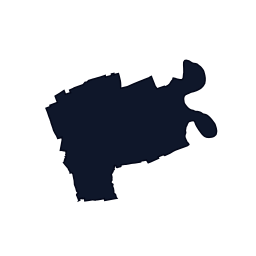 Cotusca, Botosani, Romania (orthographic projection), rotated 24°
{"feature_id": "2599482B53083625185790", "entity_name": "Cotusca", "entity_type": "district", "adm_level": 2, "iso_a3": "ROU", "parent_name": "Romania", "parent_adm1": "Botosani", "projection": "orthographic", "projection_center": [26.878, 48.123], "detail": "fine", "context": "isolated", "style": "filled", "palette": "ink", "viewbox_px": 256, "rotation_deg": 24, "n_neighbors": 0, "source": "geoboundaries", "source_scale": "gbopen_adm2", "svg_char_len": 5591}
<svg xmlns="http://www.w3.org/2000/svg" viewBox="0 0 256 256"><g transform="rotate(24 128 128)"><path d="M146.4,196.7L145.6,196.3L145.3,196.0L144.7,195.3L144.4,195.0L144.3,194.7L143.7,194.0L143.2,193.7L141.8,193.5L141.5,193.3L141.4,193.1L141.3,192.8L141.2,192.6L140.7,191.7L140.2,190.7L139.6,189.9L139.5,189.6L138.9,188.9L137.9,187.9L137.0,187.2L137.3,186.6L137.3,186.0L137.1,185.6L136.6,185.5L136.1,185.5L135.2,185.2L134.7,184.8L134.4,184.4L134.3,183.8L134.3,183.0L134.5,182.1L134.4,181.9L134.1,181.6L134.0,181.4L133.3,179.5L132.4,178.2L132.1,178.0L131.8,177.6L131.5,177.1L131.5,176.8L131.7,176.3L131.7,175.3L131.6,174.7L132.0,174.2L132.0,173.9L131.5,173.3L131.6,173.0L131.5,172.8L131.9,172.2L132.2,171.5L132.2,171.4L131.8,171.1L131.6,170.5L131.5,170.1L131.4,169.8L131.4,169.3L131.2,169.0L131.0,168.5L130.8,168.2L131.1,167.7L131.3,167.4L131.5,167.4L133.0,167.8L133.3,168.0L133.5,168.5L134.0,168.5L134.4,168.3L135.6,167.1L136.2,166.8L136.8,166.3L137.0,166.0L136.9,165.2L136.6,164.5L136.8,164.3L137.1,164.1L138.0,163.6L139.5,162.6L140.6,162.1L143.2,160.4L145.7,158.6L148.4,157.1L153.0,154.1L153.2,153.9L152.7,153.5L152.8,153.3L153.2,153.2L154.0,152.3L154.3,152.1L155.2,151.6L156.0,151.0L157.2,150.2L157.7,149.8L158.7,150.2L160.6,151.5L162.3,149.8L166.3,145.3L168.2,143.2L167.1,142.3L168.5,140.7L170.6,138.5L171.3,137.8L171.6,137.9L171.8,137.8L172.0,138.1L172.4,138.1L172.5,138.3L172.4,138.5L175.7,134.8L176.5,133.9L178.8,130.6L180.3,128.8L183.8,125.4L189.3,120.1L190.3,118.4L189.8,117.9L189.4,117.5L188.8,117.4L187.8,117.0L185.9,115.4L184.5,114.1L183.6,113.2L183.0,111.7L182.8,111.1L182.7,109.5L182.6,108.9L182.3,108.3L181.5,107.3L181.3,106.7L180.5,103.7L180.4,102.7L180.6,102.3L180.6,101.5L180.5,100.7L180.5,99.8L180.6,99.2L180.6,98.6L180.6,98.3L180.7,98.1L181.1,97.3L181.5,96.9L183.3,95.4L184.2,94.9L184.7,94.7L185.2,94.6L185.8,94.7L186.0,94.8L186.5,95.1L188.7,97.3L190.1,98.4L191.8,99.6L192.5,100.0L193.1,100.5L196.3,102.3L196.6,102.5L198.3,103.4L199.6,103.9L200.5,104.2L201.5,104.4L202.2,104.4L203.1,104.4L203.7,104.3L205.3,103.8L206.3,103.3L207.1,102.8L208.3,102.1L209.2,101.3L209.6,100.9L210.1,100.2L210.7,98.8L210.9,98.3L210.9,97.7L210.6,96.3L210.4,95.4L209.9,94.3L208.9,92.8L208.4,92.1L206.3,89.7L205.4,88.9L204.4,88.3L200.8,86.3L198.3,85.2L196.1,84.5L194.6,84.2L193.1,84.3L191.1,84.7L190.5,84.8L189.0,84.4L188.0,84.3L187.3,84.3L185.3,84.6L184.6,84.8L183.5,85.3L182.3,85.6L180.3,85.5L178.7,85.9L176.7,85.9L175.4,85.6L174.1,85.2L172.4,84.4L170.4,83.3L169.7,82.8L169.2,82.4L168.7,81.8L167.3,79.5L166.9,79.0L166.8,78.5L166.6,77.9L166.3,76.6L166.3,76.2L166.6,75.0L166.8,74.3L167.1,73.8L167.9,73.1L168.4,72.3L169.2,71.7L170.1,70.5L171.4,69.2L172.8,68.2L175.3,65.9L176.5,64.5L177.8,62.8L178.3,62.0L178.7,61.1L179.3,59.4L179.5,58.8L179.6,57.9L179.8,55.7L179.6,55.4L179.2,53.6L178.1,51.0L176.9,49.1L175.8,47.6L174.0,45.4L173.3,44.8L172.2,44.1L170.3,43.1L169.1,42.6L167.6,42.3L166.5,42.0L165.6,41.7L165.0,41.6L163.5,41.8L161.5,42.4L160.6,42.5L159.7,42.5L156.5,42.0L155.8,42.1L154.0,42.4L153.5,42.6L152.7,43.1L152.5,43.3L152.4,43.6L152.2,44.8L152.3,45.5L153.3,47.9L154.7,50.6L156.6,54.7L156.8,55.7L157.7,58.4L158.0,59.2L158.1,59.8L158.1,60.9L157.9,61.4L157.6,61.9L157.1,62.2L156.5,62.5L155.7,62.8L153.1,63.4L152.4,63.5L150.7,63.6L149.6,63.9L149.0,64.0L149.0,64.6L149.4,65.5L148.9,66.8L148.7,67.8L148.5,68.7L148.5,69.1L148.2,71.1L147.8,71.8L147.4,72.7L147.1,73.1L146.3,74.1L146.5,74.2L146.5,74.4L145.4,75.0L145.0,75.2L144.7,75.3L144.3,75.1L141.6,77.6L141.4,77.9L141.0,78.1L138.6,80.5L137.9,80.0L135.8,78.8L128.8,71.9L128.4,71.4L128.1,71.7L127.4,72.5L127.4,73.0L123.2,77.2L122.0,78.5L119.9,80.6L115.5,85.2L110.8,90.4L110.6,90.7L110.7,90.9L110.5,91.0L110.4,91.0L110.2,90.9L107.4,93.0L105.3,94.7L104.5,93.4L103.9,92.0L102.6,89.5L101.8,88.2L98.6,84.0L98.0,83.3L97.1,82.2L93.8,84.7L93.8,84.8L93.8,85.0L93.6,85.2L93.4,84.7L92.9,83.9L90.9,85.4L91.6,86.8L91.3,87.1L88.6,89.2L86.8,90.7L85.8,89.3L85.1,90.0L81.9,92.9L80.1,94.4L79.7,94.7L76.9,97.1L76.4,97.4L75.3,98.4L72.7,100.7L73.1,101.1L72.2,102.0L72.2,102.5L70.2,103.8L70.1,104.3L69.4,106.7L62.5,113.3L62.6,113.5L59.3,117.1L61.2,119.1L57.1,122.7L55.6,121.1L54.3,119.8L51.6,124.1L48.5,128.5L53.2,133.3L47.5,139.0L48.5,139.9L45.1,143.3L46.0,144.2L47.8,145.9L51.1,149.5L52.3,150.7L52.9,151.2L54.0,152.5L54.8,153.2L55.0,153.5L55.3,154.0L55.9,154.7L58.5,157.5L58.8,157.8L59.2,158.2L60.7,160.0L61.3,160.6L63.8,162.6L66.0,164.1L68.1,166.1L70.4,164.3L70.3,164.1L71.3,163.3L71.5,163.8L72.5,164.9L72.9,166.0L74.2,171.3L74.8,173.8L75.3,175.9L78.2,174.6L78.2,175.0L79.6,174.6L81.1,174.3L81.2,174.8L81.1,175.0L81.4,175.5L81.5,176.0L81.9,176.3L82.1,177.0L81.9,177.4L82.1,177.6L82.8,178.2L82.8,178.8L82.7,179.0L82.9,179.5L82.5,179.8L82.8,180.0L83.0,179.9L83.1,180.7L83.4,181.1L83.2,181.3L83.1,181.6L83.2,181.9L83.0,182.1L83.2,182.3L83.3,182.3L83.5,182.4L83.5,182.9L83.1,183.1L83.1,183.3L83.4,183.6L83.4,184.2L83.6,184.8L83.3,185.6L83.2,185.8L85.7,187.1L90.2,189.3L90.3,189.6L90.4,189.8L91.9,190.9L92.5,191.2L93.0,191.8L93.4,192.6L94.9,191.5L96.6,192.5L97.5,193.9L100.4,198.0L102.2,201.4L104.9,204.1L106.3,205.9L107.1,206.7L107.5,206.9L108.2,207.0L108.4,207.2L108.9,207.6L109.0,207.7L108.9,208.0L108.3,208.9L108.2,209.6L108.3,210.0L108.5,210.3L109.1,210.7L109.8,211.5L110.2,211.8L111.0,212.6L111.3,213.0L111.9,213.4L112.3,213.9L112.5,214.2L112.5,214.4L113.3,213.5L112.4,212.3L114.6,210.8L114.9,211.2L116.8,210.0L117.4,210.9L118.2,212.1L121.6,210.0L124.2,208.3L124.7,208.0L125.3,207.7L126.5,207.5L127.1,207.1L127.5,207.1L127.6,206.9L129.0,206.0L129.4,205.9L135.0,202.1L136.2,203.6L145.0,197.6L146.4,196.7Z" fill="#0f172a" stroke="#020617" stroke-width="1.5"/></g></svg>